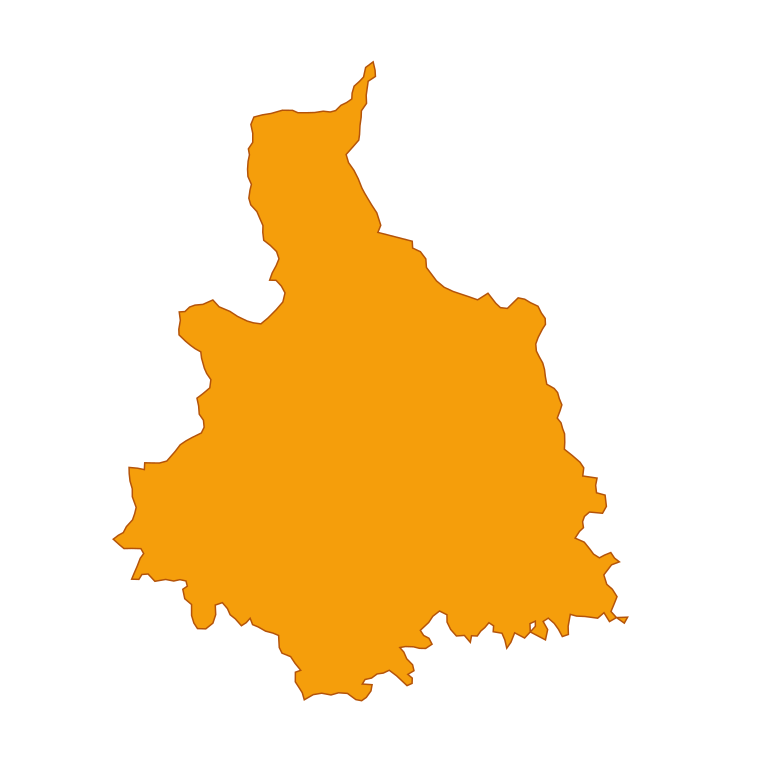 Tatuí, São Paulo, Brazil, rotated 94°
{"feature_id": "56859067B62823309489019", "entity_name": "Tatuí", "entity_type": "district", "adm_level": 2, "iso_a3": "BRA", "parent_name": "Brazil", "parent_adm1": "São Paulo", "projection": "mercator", "projection_center": [-47.867, -23.355], "detail": "fine", "context": "isolated", "style": "filled", "palette": "amber", "viewbox_px": 768, "rotation_deg": 94, "n_neighbors": 0, "source": "geoboundaries", "source_scale": "gbopen_adm2", "svg_char_len": 4134}
<svg xmlns="http://www.w3.org/2000/svg" viewBox="0 0 768 768"><g transform="rotate(94 384 384)"><path d="M621.1,220.8L628.0,205.1L617.6,203.6L609.8,208.7L606.1,203.8L610.9,197.5L616.6,192.8L623.5,188.5L621.0,182.6L612.9,183.4L600.8,182.1L602.1,175.7L601.9,167.4L602.7,154.5L596.8,148.6L605.3,142.5L600.8,135.8L595.1,141.7L586.8,138.9L579.9,136.7L572.8,141.9L568.3,147.8L559.1,151.4L548.5,144.4L545.0,136.8L541.6,141.9L536.3,146.0L539.3,152.1L542.4,157.0L539.1,163.1L534.5,167.0L527.8,173.2L524.4,182.6L517.4,178.7L513.4,175.0L507.5,176.3L502.1,174.8L497.4,170.1L497.7,157.0L490.6,153.6L479.4,155.7L477.7,164.4L470.3,165.8L463.0,164.9L461.9,179.3L453.7,178.9L448.4,183.0L442.2,191.2L436.5,199.5L429.6,199.6L421.1,200.4L416.3,202.6L410.4,204.7L405.9,208.8L398.3,206.5L392.4,205.1L386.4,208.1L380.5,210.2L376.6,213.9L372.9,221.6L365.6,223.5L358.3,224.9L352.0,227.1L345.9,231.1L340.5,234.3L333.5,235.4L326.8,233.5L318.2,229.8L313.3,227.1L307.3,227.8L302.2,232.0L295.7,235.8L292.6,243.7L289.6,249.5L288.7,256.2L300.0,266.2L299.7,273.2L295.7,278.1L286.2,286.6L289.9,291.6L293.5,296.5L290.9,305.9L288.9,313.7L286.9,321.4L283.4,330.6L277.5,338.8L264.8,349.8L256.3,351.0L249.5,356.9L246.4,364.9L239.6,365.8L233.2,400.7L225.9,398.3L213.8,403.1L206.4,408.7L199.7,413.4L194.9,416.7L190.1,419.7L181.1,424.0L172.9,428.9L165.7,434.8L157.7,437.8L149.0,431.1L142.5,426.2L136.9,425.8L127.9,426.0L119.5,425.4L113.0,425.6L105.3,421.0L97.2,421.9L83.1,420.9L77.8,414.0L71.6,414.8L63.4,417.3L69.5,424.4L79.2,425.8L83.7,429.5L89.0,434.6L96.1,436.1L101.9,436.0L105.9,441.0L109.0,446.4L114.6,451.3L116.4,456.6L116.1,463.6L118.0,472.0L118.8,480.0L119.4,488.8L117.4,494.3L118.0,504.5L122.0,515.5L124.0,524.1L126.8,532.4L134.4,534.9L143.1,532.4L152.1,531.8L158.9,535.7L164.8,534.2L171.3,535.1L179.2,535.1L186.5,534.2L194.1,530.2L199.9,531.2L208.1,531.8L214.6,529.4L220.9,522.8L227.9,519.2L234.4,515.8L241.1,515.5L249.0,514.0L253.8,506.9L259.4,500.4L266.4,497.5L273.4,499.8L281.1,503.3L288.4,505.3L288.1,498.9L293.5,493.2L300.0,489.1L309.2,490.6L317.4,496.7L326.4,504.5L332.6,511.0L332.1,518.6L330.7,525.0L326.8,534.8L322.3,542.8L318.5,553.9L312.1,560.6L317.2,570.2L318.5,578.1L320.8,583.3L325.6,587.6L326.4,593.3L334.7,591.6L343.7,592.5L349.3,591.9L355.2,584.9L359.0,579.6L362.0,574.8L364.7,569.0L370.9,567.8L380.8,564.3L385.9,561.6L391.7,557.0L400.0,557.5L406.4,564.1L411.2,569.6L418.8,567.4L427.0,566.2L432.7,561.6L439.7,560.4L445.6,562.8L450.7,571.6L454.5,577.5L458.8,583.0L465.8,587.6L476.0,595.3L478.5,602.5L478.9,609.2L479.3,617.2L486.1,617.1L485.2,623.9L485.0,632.5L491.3,631.9L498.5,630.6L506.1,627.8L514.0,627.2L524.4,622.6L530.9,623.7L537.1,625.4L544.2,631.0L550.4,633.7L553.4,638.4L557.7,643.3L563.0,636.5L566.3,631.9L565.6,624.1L565.2,615.0L569.9,611.9L574.9,615.0L582.7,617.4L589.8,619.9L596.3,622.1L596.0,614.9L590.9,612.2L590.0,606.1L596.8,598.8L594.2,588.2L595.2,580.0L593.4,573.9L594.3,567.8L599.4,566.1L602.8,570.4L612.1,567.8L617.4,560.6L628.3,559.8L635.7,557.0L641.0,553.0L640.7,544.7L634.5,538.0L625.8,535.8L616.3,536.9L613.4,530.0L619.0,524.5L624.9,521.4L628.7,515.9L635.1,509.4L631.7,504.8L627.0,501.2L633.2,498.3L635.1,492.6L638.8,484.9L640.2,477.5L642.2,471.6L654.2,470.1L659.6,467.0L662.5,458.1L668.9,453.2L675.4,447.1L677.7,452.3L687.3,451.7L693.4,447.1L697.7,444.0L704.6,441.5L698.8,432.9L696.8,424.6L697.9,415.2L695.2,407.8L695.2,398.9L700.8,390.1L701.5,384.2L697.9,379.8L691.1,375.6L684.8,374.9L684.8,384.7L680.1,382.3L678.2,375.9L673.7,370.6L672.4,364.5L669.2,358.8L674.2,351.1L683.3,340.0L680.7,335.1L675.4,335.3L672.0,340.0L667.9,334.1L662.1,335.9L656.5,342.2L650.1,345.5L645.8,349.8L644.4,344.3L644.1,336.3L645.2,330.2L644.9,324.0L640.2,317.9L634.5,321.4L632.1,326.9L627.2,330.6L618.8,322.8L612.3,319.1L606.6,312.8L609.8,305.1L617.1,304.5L624.2,300.4L630.3,294.2L629.2,286.3L635.7,279.9L629.0,279.1L628.9,273.4L623.8,270.3L619.9,266.4L614.8,262.7L617.6,257.8L623.5,257.8L624.4,248.9L630.9,245.6L639.0,243.1L632.8,239.4L623.1,236.3L627.6,226.0L621.1,220.8ZM621.1,220.8L612.9,221.7L610.0,216.5L615.2,216.1L621.1,220.8ZM600.8,135.8L605.8,127.6L599.6,124.7L600.8,135.8Z" fill="#f59e0b" stroke="#b45309" stroke-width="1.5"/></g></svg>